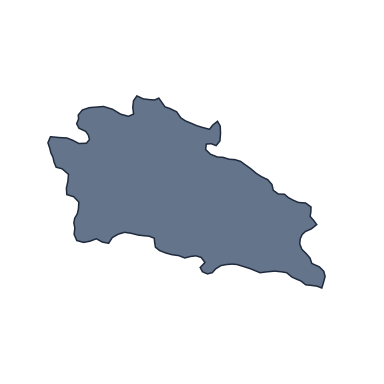 Cantagalo, Minas Gerais, Brazil (Robinson projection), rotated 107°
{"feature_id": "56859067B48352524880212", "entity_name": "Cantagalo", "entity_type": "district", "adm_level": 2, "iso_a3": "BRA", "parent_name": "Brazil", "parent_adm1": "Minas Gerais", "projection": "robinson", "projection_center": [-42.648, -18.509], "detail": "fine", "context": "isolated", "style": "filled", "palette": "slate", "viewbox_px": 384, "rotation_deg": 107, "n_neighbors": 0, "source": "geoboundaries", "source_scale": "gbopen_adm2", "svg_char_len": 1974}
<svg xmlns="http://www.w3.org/2000/svg" viewBox="0 0 384 384"><g transform="rotate(107 192 192)"><path d="M145.6,320.8L151.6,323.3L155.4,321.8L160.4,322.3L164.1,318.7L165.1,311.3L168.0,307.7L171.8,305.4L176.2,307.2L178.7,314.3L177.4,321.2L176.9,327.4L178.7,334.7L180.5,343.5L187.0,344.2L192.1,340.6L196.0,338.3L199.3,335.2L203.8,332.6L208.0,329.2L207.8,323.0L211.2,315.3L218.1,313.8L224.9,313.3L231.1,311.0L231.1,303.8L234.7,297.3L241.2,295.7L246.6,295.3L251.3,296.5L256.0,296.0L260.7,293.5L266.9,292.4L272.1,288.0L271.9,280.9L268.9,275.2L264.7,269.8L266.1,263.1L265.4,256.7L258.9,254.9L253.9,250.2L250.3,244.8L249.3,238.3L248.9,230.7L247.9,225.3L246.8,220.3L247.2,214.6L251.6,212.8L255.5,210.8L257.5,205.9L258.0,199.0L257.8,192.8L256.7,186.1L257.2,179.6L254.2,174.8L251.9,169.6L251.9,164.1L255.6,159.0L261.8,162.1L265.2,158.7L265.8,153.3L263.2,149.0L258.6,146.9L253.9,142.8L251.3,137.9L249.2,132.5L248.2,127.9L248.2,122.4L248.3,114.0L248.8,108.5L249.3,103.3L246.6,97.4L243.5,89.8L242.1,82.8L241.5,77.8L244.1,71.7L244.8,66.6L245.2,61.9L247.5,56.1L246.2,49.3L245.5,44.7L245.9,39.8L240.5,39.8L233.9,40.0L229.3,42.8L226.4,48.2L225.3,56.5L220.6,59.9L217.7,64.5L214.7,70.2L210.1,73.8L205.1,74.8L200.4,74.2L196.6,72.0L192.4,67.1L186.7,63.2L183.8,67.1L180.8,71.9L176.4,72.5L171.5,73.8L169.3,80.2L170.9,87.2L170.2,93.3L169.1,98.5L167.1,102.9L168.7,108.8L166.6,114.8L161.4,117.8L158.1,123.2L157.0,130.2L155.4,136.0L152.5,142.8L150.1,150.0L148.5,154.4L148.5,160.5L149.8,166.0L149.8,172.5L151.1,177.8L150.5,185.3L147.4,191.4L142.0,192.3L140.2,187.8L140.6,182.5L135.0,180.2L127.4,181.9L120.7,184.3L116.9,188.3L121.9,191.7L126.9,193.6L127.2,201.0L127.2,206.9L126.5,212.8L125.9,219.2L124.3,224.5L119.8,230.1L118.6,237.8L118.5,242.7L115.5,246.6L111.9,251.2L114.9,254.6L116.0,259.2L117.2,265.9L116.2,272.8L121.8,274.6L128.3,273.4L134.5,270.7L138.2,274.9L138.4,283.2L136.1,292.2L136.1,301.7L138.8,308.4L141.3,314.8L145.6,320.8Z" fill="#64748b" stroke="#1e293b" stroke-width="1.5"/></g></svg>